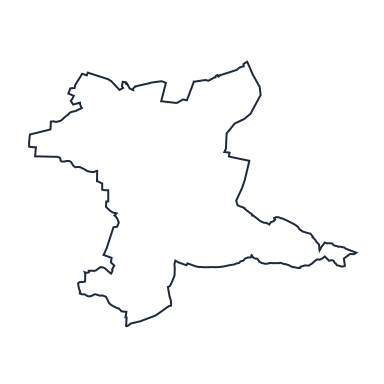 the district of Simeria, Hunedoara, Romania, rotated 85°
{"feature_id": "2599482B51970777066568", "entity_name": "Simeria", "entity_type": "district", "adm_level": 2, "iso_a3": "ROU", "parent_name": "Romania", "parent_adm1": "Hunedoara", "projection": "mercator", "projection_center": [23.018, 45.861], "detail": "fine", "context": "isolated", "style": "outline", "palette": "slate", "viewbox_px": 384, "rotation_deg": 85, "n_neighbors": 0, "source": "geoboundaries", "source_scale": "gbopen_adm2", "svg_char_len": 5915}
<svg xmlns="http://www.w3.org/2000/svg" viewBox="0 0 384 384"><g transform="rotate(85 192 192)"><path d="M303.3,222.7L298.4,222.5L293.9,223.5L284.6,224.3L283.7,222.1L279.5,219.6L273.8,216.7L266.2,215.8L262.4,215.8L258.9,214.6L260.8,212.0L264.5,203.9L262.7,202.7L266.2,195.2L267.2,192.1L268.1,185.6L268.6,177.8L269.0,175.2L269.1,171.0L268.9,166.7L268.2,160.9L267.8,155.8L267.5,155.3L267.1,154.0L267.0,153.4L266.9,151.7L266.8,151.3L266.6,151.1L266.1,150.6L265.3,149.6L265.2,149.0L265.2,148.2L265.2,147.9L264.9,147.1L264.4,146.5L264.0,145.9L263.4,145.4L262.9,144.7L262.4,143.2L262.1,141.9L262.3,139.1L262.1,138.7L261.4,138.4L260.4,138.4L260.1,138.2L260.3,137.8L261.2,137.6L262.2,137.0L263.4,135.7L263.9,134.6L263.9,134.4L264.0,133.2L264.5,132.6L265.7,131.9L266.6,131.3L267.3,131.1L267.3,130.9L268.9,128.6L269.1,127.6L269.4,126.9L269.8,125.6L269.9,124.7L270.0,123.4L269.7,122.1L269.9,121.6L269.7,121.3L269.5,119.9L269.8,119.0L270.0,117.5L269.9,117.1L270.0,116.3L270.2,115.3L270.2,113.6L270.3,112.8L270.5,111.7L270.1,110.3L271.8,106.5L271.7,106.4L271.9,105.4L273.4,101.9L275.5,98.5L275.7,97.1L277.0,92.7L277.0,90.7L275.9,90.5L275.2,86.8L275.0,86.6L275.1,85.2L275.2,84.6L275.5,82.0L275.3,81.5L274.8,80.9L273.7,78.6L273.5,78.3L271.5,75.8L271.2,75.1L270.9,74.8L270.2,73.6L270.1,73.0L270.2,72.0L270.5,71.4L270.5,70.5L270.4,70.0L270.0,69.4L269.3,67.5L268.1,65.8L267.9,65.4L268.2,65.2L268.6,64.6L271.9,61.9L272.4,61.6L272.3,60.7L272.2,58.8L272.4,57.7L272.7,57.1L273.2,56.7L274.1,56.5L275.3,55.8L275.6,55.3L276.1,54.8L277.2,54.3L277.7,53.9L278.1,52.4L278.6,51.1L279.4,49.2L279.1,46.3L278.9,46.1L271.5,46.5L267.5,39.9L268.1,36.1L266.8,33.6L264.0,39.4L261.7,44.1L260.7,44.9L259.2,49.8L259.3,51.2L258.5,52.3L258.2,53.7L257.3,55.6L255.6,56.8L254.9,59.8L255.0,61.9L253.9,64.1L255.8,65.8L256.3,66.2L257.3,67.3L261.3,70.0L260.6,70.1L255.6,70.0L255.1,70.2L252.6,72.4L251.3,72.8L249.5,74.1L248.5,75.0L247.6,75.8L247.2,75.4L243.9,77.6L243.1,79.9L241.0,85.2L238.4,88.3L236.0,89.4L233.4,92.4L230.4,97.2L228.0,101.1L226.0,104.8L225.8,106.0L225.1,107.1L224.8,107.8L224.4,110.1L224.4,110.6L224.8,111.2L225.1,112.5L225.6,112.5L225.7,112.2L226.0,111.8L226.7,111.8L226.8,111.7L227.7,112.5L228.1,113.0L228.5,114.5L228.8,115.8L230.1,117.1L230.8,117.6L231.1,117.8L230.5,118.8L229.7,119.8L229.0,121.5L229.0,122.7L227.2,126.1L225.6,127.9L220.7,133.1L220.6,134.2L219.8,134.1L219.2,134.4L217.6,136.4L216.4,137.6L215.5,138.8L214.9,139.3L213.0,141.2L212.8,141.4L212.6,141.2L211.8,142.4L210.7,144.9L209.2,147.8L204.5,148.7L197.3,144.6L193.3,142.3L191.4,141.3L186.5,139.2L184.8,138.4L183.8,138.1L166.1,132.2L165.9,132.2L161.3,147.6L159.8,152.2L156.1,151.1L155.0,156.3L152.0,154.5L136.7,152.4L127.5,143.5L123.9,133.8L119.3,127.0L101.4,115.2L93.3,115.4L80.1,121.3L68.0,125.3L67.0,125.8L69.1,129.6L71.2,129.5L72.2,133.9L73.5,135.7L74.3,136.9L78.4,154.9L79.0,154.9L79.4,155.7L79.0,156.1L77.9,156.2L77.7,156.6L78.5,158.2L79.2,158.7L79.9,158.7L80.1,160.7L80.6,161.5L81.1,162.2L81.4,163.5L81.9,164.2L82.6,165.9L82.3,166.9L81.6,168.8L82.3,180.1L82.2,180.5L82.3,180.5L100.2,189.1L99.4,191.5L99.1,192.5L99.2,193.4L101.5,198.1L101.9,199.2L101.9,200.0L98.9,214.8L81.1,208.5L79.9,210.4L79.0,212.9L79.3,220.4L79.6,223.6L79.9,224.6L80.3,227.6L80.7,230.7L81.1,233.9L81.9,239.2L82.1,239.1L82.5,240.0L83.3,241.0L84.2,241.7L84.8,241.9L85.3,241.8L85.1,242.4L84.3,243.7L83.4,245.1L78.5,247.2L78.7,247.5L78.7,248.0L78.6,248.3L78.0,248.5L77.0,248.3L76.2,251.4L80.2,252.6L82.3,251.6L84.0,255.3L74.5,262.8L72.2,266.0L69.0,273.6L64.0,285.4L66.6,286.6L64.6,291.2L67.7,293.3L68.7,294.1L75.2,299.0L78.2,299.9L78.1,304.1L83.1,306.6L85.9,301.4L88.5,302.9L90.7,304.8L94.5,302.8L93.3,295.8L94.8,295.9L97.9,294.9L98.3,294.6L98.7,294.4L100.0,297.8L101.0,300.3L101.4,302.3L101.7,304.9L102.1,306.3L102.4,306.8L103.9,308.5L105.5,310.9L107.4,313.6L108.5,314.9L109.7,316.9L110.4,321.4L110.2,322.0L109.5,323.7L109.6,326.5L117.3,327.5L120.6,348.4L122.2,348.7L122.9,349.0L125.5,349.4L128.3,349.9L132.5,350.3L132.8,350.2L133.6,345.5L133.9,343.6L142.8,345.2L145.2,323.4L146.1,320.9L146.8,320.4L149.4,320.1L150.2,319.3L150.4,318.1L150.4,317.7L150.5,316.6L150.3,315.3L150.2,313.9L150.2,313.2L150.6,311.1L151.8,309.7L152.1,309.6L153.3,309.0L155.3,308.0L156.8,306.6L157.1,306.2L157.2,305.7L157.1,304.1L157.1,303.2L157.7,300.9L160.9,295.8L161.6,295.1L162.1,294.2L162.8,292.5L163.0,291.1L163.4,289.5L163.5,288.4L163.4,287.3L162.9,285.9L162.7,284.6L173.0,285.7L173.5,284.3L174.3,283.1L175.1,281.9L175.7,280.7L181.8,281.3L182.5,279.2L183.0,275.3L193.9,276.2L194.0,276.2L194.0,278.3L199.3,279.0L200.7,277.8L203.8,274.9L204.7,273.8L205.7,272.2L206.1,271.2L206.7,269.0L207.2,269.5L207.4,269.8L207.6,270.0L208.1,270.5L208.7,271.3L209.6,270.2L209.8,270.0L210.5,269.7L211.4,269.1L212.6,268.5L216.1,267.6L220.0,269.6L220.3,273.3L240.5,281.9L246.6,285.3L247.0,285.6L250.6,277.8L255.1,278.9L258.6,275.8L260.1,277.0L262.3,278.3L263.8,278.1L266.2,279.7L265.5,280.5L264.6,281.4L264.1,282.0L263.0,283.0L262.2,283.7L260.4,285.5L259.9,286.2L259.4,287.1L259.4,287.3L258.8,289.6L259.3,290.4L260.1,291.8L260.9,293.2L261.5,294.0L261.9,295.1L262.0,296.1L262.0,296.7L261.9,297.5L261.8,298.1L261.7,298.7L261.6,299.8L261.6,300.6L261.5,301.2L261.5,301.7L263.0,301.7L263.1,302.1L263.2,302.8L263.3,304.2L263.2,304.7L263.0,305.2L262.6,305.9L264.4,305.5L271.8,306.3L272.1,307.8L272.2,309.0L272.0,309.6L271.9,310.5L271.9,311.1L272.1,312.0L272.2,312.4L272.7,313.0L272.9,313.4L276.4,313.3L280.6,312.5L280.8,312.3L282.5,312.0L283.2,313.4L283.2,313.0L284.3,310.6L284.7,307.6L286.6,305.2L287.0,303.7L287.0,302.5L286.5,300.4L285.5,298.5L285.5,297.0L286.1,295.4L287.2,293.0L287.2,292.6L287.3,290.2L288.8,286.9L290.6,286.1L295.3,284.3L297.4,282.5L299.0,280.2L301.0,276.9L301.8,274.9L304.7,272.7L305.7,268.0L305.7,267.8L311.1,269.2L311.4,268.1L316.9,268.9L319.6,269.3L319.9,269.3L320.0,269.1L319.8,267.7L317.7,264.6L316.2,254.3L315.8,253.1L312.0,239.5L311.3,238.0L303.8,225.2L303.3,222.7Z" fill="none" stroke="#1e293b" stroke-width="2"/></g></svg>